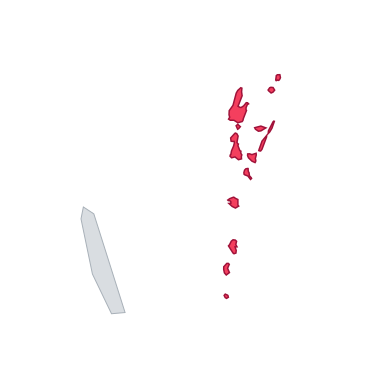 map of Vanuatu with New Caledonia greyed out, rotated 31°
{"feature_id": "VUT", "entity_name": "Vanuatu", "entity_type": "country or territory", "adm_level": 0, "iso_a3": "VUT", "parent_name": "Oceania", "parent_adm1": "", "projection": "robinson", "projection_center": [167.975, -16.976], "detail": "fine", "context": "with_neighbors", "style": "filled", "palette": "rose", "viewbox_px": 384, "rotation_deg": 31, "n_neighbors": 1, "source": "natural_earth", "source_scale": "50m", "svg_char_len": 2516}
<svg xmlns="http://www.w3.org/2000/svg" viewBox="0 0 384 384"><g transform="rotate(31 192 192)"><path d="M119.1,261.3L196.7,329.8L185.7,337.8L148.9,313.6L110.7,272.2L106.6,260.8L119.1,261.3Z" fill="#d9dde1" stroke="#a8b0b8" stroke-width="1"/><path d="M185.4,83.7L187.3,94.8L189.5,94.8L190.6,94.2L191.9,91.6L192.5,87.5L193.6,86.9L195.1,87.3L194.4,88.6L194.9,91.9L196.0,93.7L196.7,94.0L198.2,102.6L198.8,104.4L198.7,105.8L195.6,109.0L191.0,108.9L187.8,110.8L185.8,110.7L185.8,108.5L184.0,106.8L182.0,103.1L182.5,96.6L179.0,84.5L178.9,81.4L180.1,77.5L181.3,77.3L182.9,80.6L185.4,83.7ZM205.0,126.3L206.3,127.0L207.1,127.0L207.5,128.6L211.7,131.9L212.9,131.8L213.8,133.6L215.6,134.5L216.1,136.3L217.4,138.1L215.2,140.4L210.8,139.8L208.3,142.3L206.1,141.7L205.7,140.3L206.0,139.9L204.7,136.5L204.0,131.3L203.1,128.2L202.1,126.9L200.1,128.1L199.3,128.3L197.3,125.8L198.3,120.7L198.7,119.2L200.3,118.9L202.7,120.3L205.0,126.3ZM261.1,221.7L259.8,223.3L258.6,223.2L251.0,219.4L251.3,217.9L251.0,213.9L251.8,211.8L253.9,210.9L255.6,211.3L256.6,214.5L258.8,215.8L257.2,216.9L260.0,219.3L261.1,221.7ZM235.2,174.8L238.1,179.6L239.3,180.0L237.5,183.4L233.9,183.7L229.5,182.8L231.1,181.6L230.3,180.3L229.0,180.0L227.5,180.7L226.8,180.5L227.8,178.2L230.2,175.1L230.9,174.9L231.5,174.9L232.2,175.1L235.2,174.8ZM230.9,134.3L227.5,134.7L222.8,133.6L220.9,132.2L220.1,130.7L221.7,129.6L224.1,129.1L227.0,125.8L228.0,127.1L229.1,130.8L230.3,131.9L230.9,133.1L230.9,134.3ZM265.6,241.8L264.1,245.5L261.4,244.6L259.0,242.0L257.7,239.7L258.6,235.3L259.8,234.5L261.2,234.8L261.8,239.1L265.6,241.8ZM228.4,122.1L227.9,122.1L227.5,120.6L225.8,112.3L226.9,105.0L227.6,106.5L230.0,119.4L229.7,121.5L228.4,122.1ZM235.3,149.2L236.1,149.7L235.7,151.1L231.6,149.5L228.4,150.1L227.5,150.0L226.5,148.7L225.8,146.2L226.2,144.4L227.5,143.2L228.0,143.0L229.0,144.5L230.0,145.6L230.9,146.0L232.9,148.5L235.3,149.2ZM219.6,104.1L217.6,105.7L214.0,105.5L212.6,104.6L217.1,100.0L222.3,99.0L219.6,104.1ZM210.0,64.7L208.8,66.4L205.5,65.8L204.7,65.4L204.9,62.6L205.7,61.6L207.7,60.7L210.4,62.1L210.0,64.7ZM207.2,52.8L206.8,53.2L206.1,52.9L204.3,48.8L204.8,47.5L206.9,46.2L208.9,48.4L209.1,49.7L209.1,50.8L208.8,51.7L207.5,52.1L207.2,52.8ZM227.7,100.5L227.2,102.6L226.0,100.2L225.3,90.1L225.6,89.1L226.2,89.0L227.7,96.1L227.7,100.5ZM277.4,263.5L276.4,265.4L274.8,265.4L272.8,264.1L273.1,262.4L275.4,262.1L276.1,262.2L277.4,263.5ZM199.3,113.8L198.8,114.7L195.7,112.5L196.4,110.4L199.8,111.1L199.3,113.8Z" fill="#f43f5e" stroke="#9f1239" stroke-width="1.5"/></g></svg>